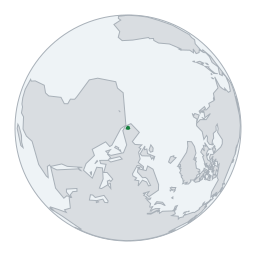 Sevilla on an orthographic globe, rotated 137°
{"feature_id": "ESP-5844", "entity_name": "Sevilla", "entity_type": "Autonomous Community", "adm_level": 1, "iso_a3": "ESP", "parent_name": "Spain", "parent_adm1": "", "projection": "orthographic", "projection_center": [-5.672, 37.516], "detail": "fine", "context": "on_globe", "style": "filled", "palette": "green", "viewbox_px": 256, "rotation_deg": 137, "n_neighbors": 0, "source": "natural_earth", "source_scale": "10m", "svg_char_len": 9891}
<svg xmlns="http://www.w3.org/2000/svg" viewBox="0 0 256 256"><g transform="rotate(137 128 128)"><circle cx="128" cy="128" r="113" fill="#eef3f6" stroke="#a8b0b8"/><path d="M38.1,195.8L32.3,186.0L29.9,181.5L25.4,172.9L19.5,154.5L19.8,150.9L19.1,147.1L21.4,143.8L21.7,135.5L21.1,132.9L20.0,134.1L18.7,124.3L19.5,117.0L22.0,91.1L23.7,86.5L25.8,82.0L37.5,61.8L27.4,77.8L29.9,72.9L33.9,66.3L34.2,66.2L40.2,58.1L43.9,53.4L52.7,45.1L62.3,39.2L59.6,41.4L62.3,40.0L65.8,37.3L67.5,35.9L81.4,29.6L93.8,23.8L95.7,22.1L96.9,22.7L99.2,19.8L104.6,18.0L99.7,20.1L100.1,20.4L104.5,19.0L105.8,19.1L108.7,18.6L110.0,18.9L107.0,20.4L107.8,20.7L110.8,19.7L114.0,19.6L109.5,20.9L114.5,21.0L110.5,24.2L97.3,28.5L96.3,31.5L85.8,39.5L88.0,39.4L85.4,42.7L86.9,44.0L84.5,45.4L87.8,45.2L89.6,43.7L91.7,43.1L92.8,43.8L89.9,45.6L89.0,45.6L88.7,46.5L86.8,47.1L88.4,47.2L84.8,49.5L89.9,48.3L88.3,51.0L85.5,52.3L83.9,50.7L73.2,50.8L69.9,52.1L66.9,55.2L65.4,63.8L62.5,66.0L60.1,70.0L62.5,69.3L65.3,65.9L69.3,65.9L72.3,62.1L74.3,61.6L78.1,58.5L79.6,60.6L79.0,64.4L76.0,67.2L75.6,69.0L80.3,67.9L76.2,74.8L76.3,82.7L75.0,84.5L69.5,84.9L65.1,80.8L57.9,82.4L64.7,83.1L61.4,88.1L61.7,89.7L63.1,90.7L65.2,89.6L64.5,91.8L57.5,91.5L58.0,89.5L60.3,89.5L58.2,87.8L53.5,88.2L52.1,90.9L46.4,89.4L45.4,91.4L43.6,92.4L45.6,89.2L41.9,95.1L34.9,95.9L29.7,106.3L32.5,95.7L32.1,92.3L31.2,89.4L30.2,91.0L30.2,85.6L28.0,85.1L24.0,91.5L21.4,98.9L21.7,103.9L23.3,102.0L24.4,104.8L20.4,111.3L21.8,118.5L19.8,124.6L19.8,129.8L21.3,131.8L22.6,136.5L24.6,134.7L27.4,135.9L26.4,141.4L28.8,138.3L29.8,142.8L36.0,148.9L35.3,149.6L40.4,161.2L47.7,169.3L49.4,174.4L48.3,176.1L51.3,178.6L51.3,180.2L64.6,189.1L72.7,195.9L73.3,201.0L68.2,204.2L67.7,213.3L59.7,211.9L60.3,214.7L58.8,216.2L53.6,212.3L57.9,216.1L57.5,215.8L50.4,209.7L44.0,203.0L38.1,195.8ZM28.0,109.3L29.7,120.6L27.2,117.5L27.9,117.3L27.8,113.7L27.1,108.8L25.3,106.5L28.0,109.3ZM32.1,106.8L31.7,105.3L32.3,106.4L32.1,106.8ZM68.0,35.4L65.7,37.3L62.0,39.9L63.8,38.2L68.0,35.4ZM75.3,31.2L74.6,31.9L71.8,33.0L73.1,32.2L75.3,31.2ZM96.8,21.1L94.7,21.9L96.3,21.1L96.8,21.1ZM108.9,18.5L109.1,18.2L110.5,18.1L108.9,18.5ZM77.0,57.6L77.5,58.0L76.6,58.4L77.0,57.6ZM78.2,55.9L76.7,56.0L77.0,55.2L77.9,55.2L78.2,55.9ZM113.8,18.5L116.0,18.4L113.2,18.7L113.8,18.5ZM80.0,56.0L77.8,53.8L78.4,52.5L82.4,51.3L80.0,56.0ZM117.0,18.6L122.5,18.7L123.3,18.2L124.0,20.1L119.1,19.2L115.5,19.5L117.4,19.0L117.0,18.6ZM89.8,42.9L87.8,44.5L88.5,42.6L89.8,42.9ZM89.7,41.9L88.7,37.2L92.1,35.4L91.8,37.2L95.4,34.5L97.5,35.8L96.0,37.6L93.4,38.5L96.2,38.4L89.7,41.9ZM123.5,21.3L124.4,21.7L122.9,21.6L123.5,21.3ZM92.6,42.8L92.1,41.9L95.0,40.2L96.5,41.6L95.1,41.7L92.6,42.8ZM95.3,33.2L97.7,32.3L100.1,33.1L101.4,32.9L97.9,35.7L95.3,33.2ZM95.0,42.5L97.2,42.4L96.8,43.9L93.2,43.5L95.0,42.5ZM95.1,39.2L96.6,38.5L96.2,39.4L95.1,39.2ZM96.6,49.4L96.0,48.2L97.4,47.2L96.6,49.4ZM98.1,42.3L98.2,41.9L98.7,41.4L100.1,41.7L98.1,42.3ZM99.8,36.2L100.3,36.8L101.4,35.0L103.2,35.7L100.5,37.5L102.5,37.0L103.0,37.3L100.2,38.5L99.8,36.2ZM103.0,40.6L100.2,43.4L101.1,45.7L99.8,46.6L98.6,42.8L103.0,40.6ZM101.6,39.2L102.2,40.3L100.3,40.8L98.7,40.5L101.6,39.2ZM105.4,35.6L103.3,34.1L104.0,33.7L105.4,35.6ZM103.6,41.1L104.3,40.5L103.9,41.2L103.6,41.1ZM105.3,37.1L104.4,36.6L105.2,36.2L105.3,37.1ZM106.3,39.7L105.4,40.5L104.3,40.2L106.3,39.7ZM106.1,38.4L107.4,38.0L104.5,39.6L105.6,38.2L106.1,38.4ZM106.2,36.9L106.3,36.5L106.4,37.1L106.2,36.9ZM110.9,40.3L107.5,42.4L105.1,41.7L108.7,39.8L110.9,40.3ZM149.3,17.4L147.5,17.6L136.9,17.6L141.6,17.5L141.8,17.9L144.3,18.3L147.5,18.4L147.1,18.1L158.8,21.5L169.1,24.4L165.3,22.4L165.5,22.1L173.6,25.0L181.4,28.8L188.8,33.2L196.0,38.2L198.3,40.0L195.7,38.0L200.6,42.0L201.6,42.8L200.3,41.6L206.4,47.1L212.1,53.1L217.3,59.4L222.1,66.1L226.4,73.1L230.1,80.5L233.3,88.0L233.1,87.4L234.7,92.0L233.4,88.8L231.1,85.6L232.7,92.3L236.1,108.1L238.5,117.2L238.8,123.6L234.4,115.7L230.7,108.4L230.2,111.5L224.8,108.7L218.5,117.2L216.6,115.7L215.7,118.5L211.7,119.1L208.5,116.5L206.6,118.6L214.7,125.3L216.7,123.1L217.1,117.1L219.1,120.2L222.8,120.4L222.0,133.4L211.1,152.2L208.6,145.9L192.3,132.1L191.9,129.6L191.8,129.3L191.5,128.9L191.6,133.4L188.3,130.4L198.6,141.4L201.0,146.9L211.0,152.8L210.5,154.4L213.2,154.9L220.2,146.1L220.5,148.5L218.2,162.2L207.2,183.7L207.8,191.4L205.5,198.8L196.8,207.4L195.6,211.7L190.8,215.3L189.2,217.9L184.3,221.9L176.8,226.4L166.0,230.0L166.8,228.3L163.7,225.7L160.1,216.4L164.4,209.9L164.1,205.5L156.1,196.1L158.0,189.2L155.5,186.8L150.5,188.4L147.4,185.4L144.3,185.7L123.5,189.6L116.2,185.1L105.4,170.2L108.5,164.3L107.5,157.1L127.6,131.5L133.6,132.5L151.5,126.4L154.0,126.9L153.8,133.1L168.7,136.8L171.3,130.8L182.9,130.6L189.4,127.4L188.3,115.7L177.6,120.6L173.9,116.2L180.9,107.7L189.9,103.6L188.7,101.8L181.4,100.2L181.9,95.4L178.7,99.4L181.2,100.7L179.3,103.3L176.9,102.4L177.1,100.6L174.0,101.0L173.6,109.7L176.1,112.0L168.8,116.4L172.2,120.6L170.8,123.6L164.4,117.7L163.8,114.9L153.4,109.3L153.4,112.6L163.2,118.2L160.9,118.3L160.9,123.2L159.0,119.5L148.2,113.0L140.5,116.5L133.6,129.6L128.5,131.1L122.9,129.2L122.7,117.1L134.1,115.1L134.1,111.2L129.4,106.2L133.3,106.1L132.7,104.0L136.8,103.1L140.2,97.1L144.0,95.8L143.0,89.1L144.8,87.6L144.9,91.9L146.9,94.3L156.0,91.4L157.1,89.6L155.8,85.6L158.5,85.4L156.0,82.0L160.1,78.7L153.0,80.0L151.2,75.8L152.5,71.7L150.6,70.6L148.6,77.4L148.9,79.9L151.3,81.7L151.1,89.4L148.4,91.4L143.8,84.5L139.5,86.8L137.8,80.8L144.3,65.6L148.2,61.8L159.4,63.5L159.9,66.4L156.0,67.2L161.7,70.0L160.2,68.1L162.4,68.1L161.3,64.5L162.8,64.4L159.1,61.2L160.9,60.7L163.2,62.7L163.0,57.3L166.0,55.5L165.2,54.4L163.5,53.7L168.4,52.1L167.6,51.3L165.7,51.5L162.9,50.3L159.8,47.5L161.7,47.1L163.1,48.0L168.7,49.6L172.1,52.4L172.5,52.0L170.1,49.5L163.2,47.5L160.8,46.0L164.0,46.5L162.7,46.2L162.1,45.4L163.2,44.2L159.6,43.6L150.5,35.7L151.9,33.0L155.8,34.1L151.4,29.2L153.3,27.1L151.5,27.2L148.2,25.3L147.6,25.9L146.5,25.8L137.8,21.9L137.2,20.9L131.4,19.9L130.5,20.1L130.6,20.7L124.0,20.1L123.3,18.2L125.4,17.9L123.5,17.1L128.6,16.8L131.9,16.4L138.6,16.9L140.6,16.8L139.7,16.5L141.7,16.3L149.0,17.3L149.3,17.4ZM122.8,144.9L122.8,147.2L122.8,144.9ZM201.0,104.8L205.4,101.6L200.7,96.6L202.0,95.0L199.9,94.0L200.3,96.2L194.9,93.1L195.8,89.6L193.8,87.2L192.3,88.2L191.5,95.1L199.3,99.5L199.5,103.0L201.0,104.8ZM36.3,149.0L36.9,150.8L35.8,149.8L36.3,149.0ZM26.1,119.2L26.8,120.7L26.9,122.3L26.2,121.5L26.1,119.2ZM34.2,130.7L35.4,132.7L33.8,131.6L34.2,130.7ZM30.1,122.2L33.2,129.4L30.1,127.9L28.3,123.4L30.0,125.1L30.1,122.2ZM30.2,109.4L30.5,110.6L29.9,111.4L30.2,109.4ZM32.6,107.6L32.3,107.4L32.5,106.1L32.6,107.6ZM61.8,88.0L62.3,88.1L63.4,89.5L62.2,89.6L61.8,88.0ZM72.5,91.4L71.1,94.9L71.2,92.4L69.3,93.1L67.1,88.9L74.3,85.2L71.4,87.5L72.5,91.4ZM66.2,82.7L66.8,85.5L65.9,82.6L66.2,82.7ZM125.9,93.9L128.0,95.0L127.6,97.6L122.8,100.1L123.3,96.2L125.9,93.9ZM131.2,96.0L127.9,88.9L130.7,87.4L129.7,89.4L131.9,89.1L130.8,92.3L136.7,98.1L136.7,100.9L127.9,103.3L130.8,100.9L128.5,99.8L131.2,96.0ZM114.5,75.9L113.1,73.5L121.1,73.2L121.5,75.5L116.7,77.9L113.5,76.5L114.5,75.9ZM87.5,54.7L86.5,54.3L87.3,53.7L88.8,53.6L87.5,54.7ZM96.2,48.9L92.9,56.2L91.5,56.0L91.2,60.8L87.5,62.3L87.8,59.0L84.8,63.9L83.6,61.6L81.9,65.1L83.0,57.7L81.8,56.0L84.5,57.3L88.0,55.9L89.1,54.9L91.4,50.6L90.5,46.6L93.8,44.9L96.3,44.8L97.0,45.5L94.7,46.3L97.3,46.7L94.5,48.4L96.2,48.9ZM124.3,47.8L121.2,47.8L126.1,50.0L123.2,51.3L124.0,51.5L122.7,53.4L122.4,56.0L120.8,56.3L121.4,57.3L120.5,58.6L120.8,60.0L118.1,61.2L118.1,63.1L116.8,62.5L117.7,65.5L115.8,63.9L114.5,65.6L117.0,66.3L101.7,70.3L96.8,73.7L93.7,77.6L90.9,74.6L92.0,69.1L95.4,63.3L100.6,60.7L98.4,59.9L100.2,58.5L101.2,59.7L100.8,57.0L102.5,56.2L105.5,51.8L103.9,48.8L104.9,47.3L106.4,48.1L106.4,46.0L110.0,46.5L110.9,45.4L115.3,45.0L117.8,47.3L118.5,46.0L121.9,45.8L124.3,47.8ZM112.2,40.2L115.8,42.4L116.0,44.3L108.2,44.3L107.0,45.2L102.0,45.5L101.8,42.9L103.2,43.0L104.6,42.5L104.1,43.5L105.5,42.3L107.5,42.5L109.1,41.7L109.9,42.6L112.2,40.2ZM155.7,124.1L157.5,123.9L160.0,123.0L160.1,126.2L155.7,124.1ZM148.3,119.8L149.8,119.0L151.1,122.8L149.3,123.1L148.3,119.8ZM149.4,115.5L149.7,118.7L148.5,117.1L149.4,115.5ZM146.1,91.1L147.5,90.2L148.0,91.0L147.8,92.6L146.1,91.1ZM138.0,55.4L136.2,54.9L136.3,54.4L133.6,51.9L135.5,50.9L137.9,52.0L138.0,55.4ZM187.1,118.4L185.9,121.4L184.6,120.9L185.3,120.0L187.1,118.4ZM172.9,124.4L176.7,124.5L172.8,125.3L172.9,124.4ZM139.6,53.9L138.2,53.0L140.0,53.1L139.6,53.9ZM136.7,50.1L138.6,49.9L135.4,50.5L136.7,50.1ZM218.3,188.3L209.3,203.3L205.9,205.9L206.7,203.3L211.0,195.2L215.5,190.1L218.1,185.2L218.3,188.3ZM238.7,117.7L239.8,121.1L239.8,123.4L238.7,117.7ZM153.7,45.8L155.4,50.1L157.9,52.9L161.2,53.9L157.2,54.5L153.4,50.1L153.7,45.8ZM150.8,36.9L147.8,36.3L148.6,35.6L149.3,35.6L150.8,36.9ZM149.4,37.3L146.8,38.5L144.8,37.6L147.2,36.7L149.4,37.3ZM143.3,45.8L143.7,47.1L142.2,47.0L143.3,45.8ZM168.7,23.0L164.3,21.8L162.5,21.4L164.6,21.5L166.0,22.0L167.7,22.6L168.7,23.0ZM125.2,21.3L124.5,21.6L124.3,21.2L125.2,21.3ZM146.2,26.2L144.7,26.1L144.6,25.4L146.2,26.2ZM140.5,25.4L141.6,26.2L139.6,25.5L140.5,25.4ZM144.4,28.0L141.7,26.6L145.4,27.7L144.4,28.0Z" fill="#d9dde1" stroke="#a8b0b8" stroke-width="1"/><path d="M127.1,129.2L126.9,129.1L126.9,128.9L126.9,128.7L127.0,128.5L127.0,128.4L126.9,128.4L126.9,128.2L127.0,128.2L126.9,128.0L126.9,127.9L126.7,127.8L126.7,127.7L126.8,127.6L127.0,127.5L127.2,127.4L127.3,127.5L127.3,127.4L127.3,127.2L127.2,127.2L127.3,127.1L127.5,127.1L127.6,126.9L127.7,126.7L127.8,126.7L128.0,126.7L128.0,126.8L127.9,126.8L128.0,126.9L128.3,127.0L128.4,127.3L128.5,127.4L128.5,127.5L128.4,127.6L128.4,127.8L128.5,127.8L128.7,127.7L128.8,127.7L129.0,127.6L129.1,127.8L129.1,128.0L129.3,128.2L129.3,128.3L129.5,128.3L129.6,128.5L129.4,128.7L129.2,128.7L129.2,128.8L128.8,129.0L128.7,129.1L128.4,129.1L128.4,128.9L128.3,129.0L128.2,129.1L127.9,129.2L127.7,129.2L127.7,129.3L127.3,129.3L127.2,129.2L127.1,129.2Z" fill="#22c55e" stroke="#15803d" stroke-width="1.5"/></g></svg>